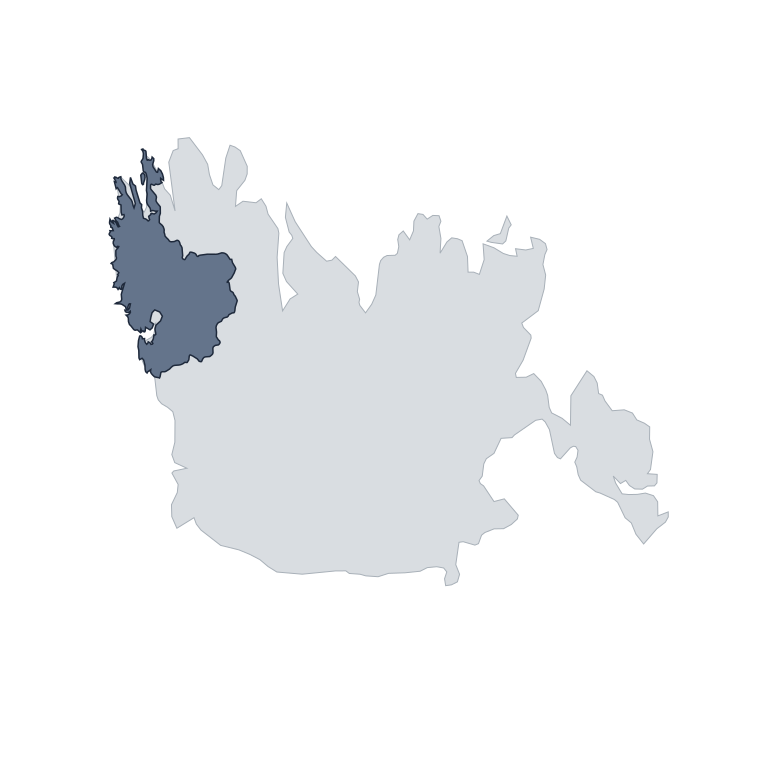 location of Cork within Ireland, rotated 101°
{"feature_id": "IRL-78", "entity_name": "Cork", "entity_type": "County", "adm_level": 1, "iso_a3": "IRL", "parent_name": "Ireland", "parent_adm1": "", "projection": "albers", "projection_center": [-9.037, 51.912], "detail": "fine", "context": "in_parent", "style": "filled", "palette": "slate", "viewbox_px": 768, "rotation_deg": 101, "n_neighbors": 0, "source": "natural_earth", "source_scale": "10m", "svg_char_len": 9824}
<svg xmlns="http://www.w3.org/2000/svg" viewBox="0 0 768 768"><g transform="rotate(101 384 384)"><path d="M469.3,121.8L455.5,132.1L453.4,135.9L449.8,151.2L449.4,155.5L440.9,172.6L435.9,176.1L428.5,179.0L424.3,181.8L418.9,180.5L412.1,180.9L408.8,183.9L409.0,186.3L411.1,188.9L423.8,196.5L423.1,199.7L419.6,203.4L397.2,212.9L390.5,218.5L388.3,222.1L390.7,228.2L409.1,246.2L412.2,248.1L415.0,258.7L431.1,262.8L437.8,269.3L443.4,270.8L455.7,270.0L460.7,272.3L463.4,270.4L465.0,266.8L478.4,253.6L473.8,244.0L487.2,227.2L491.0,227.3L497.6,232.2L503.2,239.0L505.2,248.3L510.5,256.6L513.8,259.4L522.7,260.8L524.8,264.0L523.7,276.2L525.1,280.2L547.6,279.1L556.4,273.5L564.2,274.2L568.3,279.5L570.2,285.0L563.6,287.4L556.5,286.5L553.2,290.3L553.3,297.4L556.0,306.5L560.9,312.8L565.3,327.3L569.0,343.4L574.3,353.0L575.8,365.2L575.3,371.2L576.6,381.9L574.7,385.8L576.7,395.8L586.3,428.0L589.0,453.3L585.3,463.0L580.1,472.3L576.9,483.1L574.5,494.8L573.6,513.5L562.3,535.8L557.3,541.5L551.5,545.0L565.1,559.8L554.7,567.0L543.0,569.6L530.0,566.2L521.9,566.9L511.9,575.2L509.5,573.8L504.3,561.4L501.1,574.4L493.8,578.8L481.0,578.2L459.7,582.2L451.5,586.0L448.2,591.9L445.8,598.6L442.6,602.6L438.8,604.8L422.3,610.0L419.1,612.0L411.6,622.9L401.6,629.3L393.3,631.2L385.8,625.1L382.7,621.3L379.2,619.4L367.8,619.8L371.4,621.8L373.8,626.2L375.0,634.6L373.8,643.0L368.2,647.2L361.5,648.1L350.9,656.8L336.9,659.2L329.3,667.2L282.7,680.6L280.1,680.8L273.7,677.3L266.7,675.8L259.7,676.8L240.1,684.1L230.7,682.5L242.9,664.0L259.2,654.7L260.9,652.1L255.6,650.8L224.8,657.1L214.1,662.5L203.4,664.0L208.5,655.6L222.4,644.1L234.3,636.6L239.5,629.8L254.0,622.1L207.3,637.6L195.1,635.5L192.3,631.0L182.8,632.9L179.3,622.0L193.7,605.9L202.0,599.0L211.8,595.3L221.2,589.9L224.7,583.3L220.3,581.1L192.4,582.4L179.0,580.7L179.8,575.5L182.4,569.6L196.4,559.8L203.9,558.4L210.6,559.4L222.3,565.5L238.0,563.7L231.5,557.3L230.5,544.2L225.6,539.8L232.0,533.8L239.4,530.2L251.7,517.8L256.0,516.0L280.0,513.1L306.0,506.6L331.6,497.5L318.4,492.4L312.2,485.8L302.0,499.3L294.7,504.4L274.1,507.1L267.6,505.6L258.5,501.3L255.6,502.9L252.9,506.1L239.2,512.6L224.9,514.0L241.7,502.1L262.9,481.6L267.7,475.1L274.4,463.8L272.4,458.8L268.1,455.9L283.4,432.7L288.7,428.5L298.4,427.8L305.5,424.1L308.7,424.1L311.5,422.7L317.7,415.7L308.1,411.3L298.2,409.0L267.5,411.3L263.5,410.8L259.7,408.6L257.3,405.5L255.5,397.6L253.2,395.8L246.3,395.7L239.5,398.1L234.7,397.8L230.1,394.3L237.6,386.3L228.1,384.3L218.4,385.7L210.3,383.2L210.1,378.1L213.9,373.1L209.2,368.2L208.3,362.1L213.4,359.2L218.9,360.2L230.3,355.9L244.9,353.9L232.5,349.3L227.6,345.4L227.4,339.6L228.4,334.7L242.9,326.4L258.2,322.8L257.1,317.3L258.2,311.3L242.8,309.4L227.5,313.5L229.3,302.1L233.1,291.8L233.9,285.0L233.2,277.7L226.1,280.7L225.4,270.4L222.4,263.3L211.9,268.1L212.3,258.8L215.4,252.3L220.9,249.6L226.3,250.8L236.4,250.8L246.2,246.1L260.2,244.9L282.6,246.6L297.9,260.4L301.9,257.9L308.0,249.2L310.9,248.3L334.1,252.0L348.5,257.0L352.3,255.4L350.2,245.7L345.2,239.0L351.4,230.2L358.8,224.2L363.9,221.2L375.4,217.4L380.4,213.9L383.7,202.6L388.9,193.1L359.9,198.3L332.3,187.3L336.6,179.4L342.4,174.9L352.4,171.5L353.3,167.4L358.4,163.9L366.7,154.9L363.5,143.2L365.1,134.6L371.0,129.0L372.8,120.9L375.4,115.0L387.6,112.8L399.1,107.1L417.1,106.1L421.8,108.3L420.6,98.6L429.0,97.2L432.4,99.1L433.9,105.9L437.9,110.2L439.2,117.8L436.8,123.7L432.5,128.3L436.6,132.9L430.6,141.4L437.1,137.7L446.4,129.3L445.8,122.6L444.0,114.2L441.2,106.6L442.2,98.2L447.4,92.9L461.2,90.0L455.3,80.6L460.3,79.6L465.9,81.4L474.1,88.6L491.5,98.6L483.4,108.0L473.2,114.7L469.3,121.8ZM224.5,305.8L224.1,310.2L217.4,304.6L214.2,298.5L195.7,295.4L203.5,289.5L207.2,291.3L220.3,291.7L223.9,294.3L224.5,305.8Z" fill="#d9dde1" stroke="#a8b0b8" stroke-width="1"/><path d="M420.9,605.5L420.8,605.8L420.8,609.5L420.6,610.8L419.3,612.9L418.0,614.5L416.4,615.6L414.4,615.7L417.2,618.3L418.4,618.7L417.4,620.3L415.2,621.3L411.3,622.2L406.3,624.5L404.9,626.4L406.7,628.5L405.2,629.5L397.9,631.1L394.3,632.6L388.3,633.3L383.6,633.0L383.2,632.5L383.4,631.4L384.0,630.6L384.9,630.0L385.7,629.8L385.1,627.7L386.4,627.5L387.8,626.9L389.1,626.0L390.3,624.5L388.6,623.5L387.6,623.5L388.3,621.5L388.8,620.8L389.6,620.3L389.1,619.0L388.4,618.6L387.7,619.1L386.9,620.3L385.6,619.5L383.7,619.1L379.7,619.2L379.7,618.3L378.9,617.5L377.3,617.9L375.5,618.7L373.7,619.3L369.8,619.1L364.7,615.4L359.7,614.5L356.1,617.9L355.0,623.2L358.3,625.3L363.0,625.6L367.4,625.5L369.1,621.7L373.1,622.2L375.5,624.0L373.8,628.9L377.4,628.5L378.5,628.9L378.5,629.8L377.9,629.8L377.9,631.0L379.2,632.0L377.8,632.3L376.5,633.1L379.9,633.1L378.0,636.3L378.1,637.1L378.5,637.9L378.7,638.8L378.3,640.0L375.2,643.6L374.2,645.2L371.6,646.7L368.0,647.6L366.8,648.5L365.6,650.3L365.0,648.5L363.6,647.2L362.0,646.6L360.9,647.0L362.3,648.1L362.8,649.9L362.4,651.6L360.9,652.5L360.2,649.4L358.2,648.3L353.7,648.2L353.8,649.2L354.7,649.8L356.7,650.0L357.7,650.3L358.6,649.3L359.2,649.1L359.6,650.3L359.4,651.2L358.8,651.9L357.4,652.5L355.9,656.2L355.7,657.2L355.8,658.9L356.2,661.2L356.4,663.0L355.2,661.9L353.8,658.8L352.4,657.8L350.9,657.6L346.1,659.0L334.6,657.9L336.0,659.4L337.6,660.0L341.2,659.9L341.2,661.1L339.9,662.2L341.9,663.1L340.8,664.1L340.2,665.2L340.2,666.6L340.6,668.4L337.0,667.9L336.1,668.6L334.0,666.3L330.4,666.3L328.0,665.6L327.4,666.4L325.4,665.5L324.0,667.3L323.0,669.9L322.1,671.7L318.2,673.2L317.8,674.9L316.9,674.5L316.1,673.4L315.8,672.7L313.3,671.0L312.2,670.6L311.1,670.7L309.6,671.6L304.3,672.7L303.1,672.3L300.9,670.9L299.7,670.6L299.7,671.8L300.9,672.7L300.2,674.5L299.0,675.8L297.5,676.7L296.0,676.9L293.5,676.3L292.8,676.5L293.0,678.1L293.0,679.1L291.7,679.1L291.0,680.1L290.5,681.4L289.7,682.3L288.7,682.4L286.9,681.7L285.8,682.3L285.7,681.3L285.1,679.0L282.4,680.7L282.2,682.1L281.7,682.3L280.9,682.2L279.0,683.9L277.6,684.3L274.5,684.4L276.5,682.8L277.3,681.7L277.9,680.2L276.5,681.1L275.3,681.7L275.0,681.1L275.9,679.0L276.9,677.6L279.3,676.0L280.5,674.9L279.8,673.7L279.0,674.5L275.9,676.4L275.5,677.3L274.6,678.4L272.6,680.1L271.4,678.6L271.5,677.1L272.2,675.4L272.6,673.2L271.9,672.2L270.4,671.4L268.6,671.0L267.3,671.6L268.1,673.5L265.4,674.8L258.5,676.3L258.2,676.9L258.0,678.4L257.7,678.9L255.3,678.9L253.4,680.6L252.3,681.1L250.7,681.1L250.6,679.5L249.4,677.8L248.1,677.0L247.4,678.3L242.1,683.1L243.0,684.0L243.4,684.2L236.8,687.3L237.1,685.6L236.2,685.9L233.4,688.4L232.8,687.2L232.1,688.4L232.2,686.4L232.8,685.0L232.8,684.1L232.0,683.8L231.6,683.4L230.8,681.9L233.0,681.3L234.7,680.0L238.2,676.6L240.0,675.4L243.4,674.5L245.5,673.5L247.2,672.1L251.4,667.3L253.3,665.9L256.8,664.3L258.8,663.0L254.3,662.5L235.7,671.9L229.6,672.3L235.6,668.6L237.1,665.7L240.9,664.4L252.8,658.1L254.1,656.1L257.3,655.7L260.9,653.8L264.4,653.0L267.2,651.7L267.5,649.2L268.3,647.6L268.8,647.1L268.8,646.2L267.4,645.4L265.9,646.3L264.3,647.0L262.1,645.2L261.2,645.3L260.9,645.0L260.8,644.4L261.0,642.5L260.9,641.9L259.5,640.5L257.6,639.6L258.0,641.6L257.8,643.1L257.9,644.4L258.9,646.1L257.0,646.6L255.6,647.5L253.0,650.3L251.1,651.5L249.0,652.1L242.7,652.7L239.4,654.1L227.3,655.7L223.3,657.4L221.8,658.5L221.7,659.0L221.6,660.1L221.2,660.6L220.7,661.0L214.6,662.9L212.3,664.8L211.2,664.6L209.3,663.8L208.3,663.6L203.9,664.1L201.7,665.0L200.0,666.7L199.3,665.5L200.1,665.0L200.4,663.2L200.7,662.4L201.3,662.0L207.9,660.2L209.4,659.3L209.4,658.6L208.7,658.4L209.1,656.4L208.4,655.3L207.0,654.9L205.5,654.9L206.7,653.0L208.8,652.6L212.7,653.0L214.8,652.2L219.4,647.8L219.4,646.7L215.5,646.6L217.2,643.8L220.2,641.5L223.5,639.9L226.1,639.3L225.2,641.6L224.7,642.5L226.4,642.2L228.0,641.4L228.7,640.4L230.6,642.5L231.1,643.4L231.4,644.4L231.3,646.1L231.5,646.5L232.4,647.0L232.7,647.4L232.8,647.9L232.7,648.4L232.3,650.0L232.3,650.6L232.6,650.9L233.1,651.1L236.6,650.5L237.4,649.9L242.2,644.0L243.9,643.0L247.1,642.9L248.1,642.5L249.4,641.4L252.4,637.8L252.9,637.4L259.2,636.1L262.2,636.5L268.0,635.5L268.5,635.3L269.0,634.7L270.5,632.1L271.8,630.7L274.0,629.4L275.0,629.1L276.9,628.9L278.7,627.9L280.5,627.2L281.8,625.6L283.3,623.3L284.5,622.1L284.9,621.4L285.0,620.8L285.0,620.0L284.2,617.1L282.4,614.6L282.4,614.0L282.5,613.3L283.0,612.5L283.9,611.7L286.3,610.5L287.3,609.3L288.9,608.2L296.5,606.1L298.3,606.2L298.8,606.0L299.3,605.6L299.7,605.0L300.0,603.8L299.9,603.3L299.5,603.0L297.9,602.5L295.9,601.7L293.8,600.2L291.7,599.6L291.4,598.8L291.4,597.5L291.7,595.0L292.1,594.0L292.6,593.3L293.9,592.3L294.3,591.5L294.3,591.1L294.2,590.8L293.2,590.2L292.6,589.0L290.3,582.2L288.7,573.7L288.2,572.1L286.2,568.3L286.0,566.7L286.1,565.3L286.5,564.0L287.2,562.7L291.1,558.8L290.7,557.3L293.8,555.9L297.9,552.2L299.0,551.6L299.8,551.5L300.8,551.8L303.5,552.2L308.8,553.9L309.7,554.5L312.1,556.6L313.8,557.4L314.1,557.3L314.0,557.0L313.5,556.1L314.1,555.5L315.4,554.9L321.1,553.0L322.2,551.9L322.7,550.2L323.3,549.4L325.0,548.3L326.3,546.7L329.9,544.1L330.7,544.0L336.9,544.7L340.4,544.4L341.9,544.5L342.7,544.9L343.2,546.5L345.5,549.4L347.3,550.0L348.2,550.7L349.1,552.7L349.9,554.0L350.9,554.8L353.4,555.6L355.5,558.4L357.0,559.2L358.8,559.7L360.6,559.7L365.0,558.3L369.2,557.7L369.9,557.4L370.9,556.3L372.1,555.3L373.1,553.6L374.0,553.0L374.8,552.8L376.2,553.3L377.2,554.0L378.3,557.0L379.3,558.0L380.3,558.7L381.7,558.8L386.0,557.8L387.3,558.0L388.6,558.8L390.3,560.3L391.4,564.4L391.9,565.3L392.4,565.9L393.9,566.7L396.8,567.4L397.0,568.0L397.1,568.5L396.9,569.9L395.0,572.0L393.1,576.8L392.4,579.6L392.6,580.1L393.7,580.5L397.5,580.2L400.4,581.3L400.6,582.0L400.7,583.6L402.6,585.4L403.8,587.2L404.5,588.9L405.6,592.9L406.1,594.0L406.5,594.6L408.0,595.9L410.2,597.3L413.0,600.3L413.8,601.5L414.3,604.1L414.7,604.7L415.2,605.2L419.5,605.2L420.9,605.5ZM232.7,658.4L233.7,658.2L234.4,658.8L233.6,659.9L233.0,660.2L225.4,662.6L223.0,661.4L223.2,659.9L224.6,658.7L226.5,658.0L228.8,657.9L232.7,658.4Z" fill="#64748b" stroke="#1e293b" stroke-width="1.5"/></g></svg>